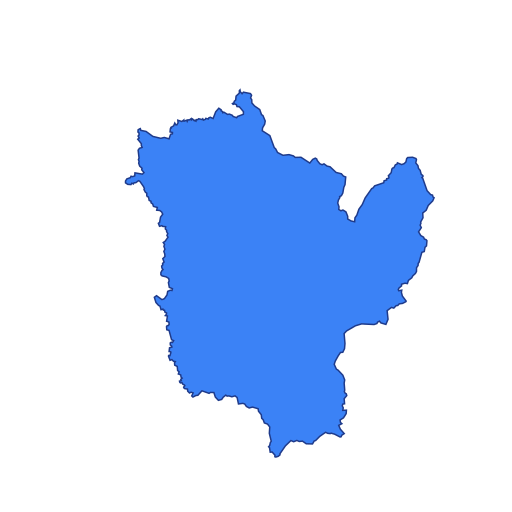 outline of Satipo, Junín, Peru, rotated 30°
{"feature_id": "86281439B96037862179795", "entity_name": "Satipo", "entity_type": "district", "adm_level": 2, "iso_a3": "PER", "parent_name": "Peru", "parent_adm1": "Junín", "projection": "mercator", "projection_center": [-74.176, -11.56], "detail": "fine", "context": "isolated", "style": "filled", "palette": "blue", "viewbox_px": 512, "rotation_deg": 30, "n_neighbors": 0, "source": "geoboundaries", "source_scale": "gbopen_adm2", "svg_char_len": 6149}
<svg xmlns="http://www.w3.org/2000/svg" viewBox="0 0 512 512"><g transform="rotate(30 256 256)"><path d="M186.0,127.3L179.7,126.8L175.9,125.5L174.1,122.7L172.3,121.9L171.8,119.0L170.0,118.1L163.2,120.4L162.8,122.4L160.2,121.6L159.1,120.2L158.9,121.1L160.1,123.3L158.8,127.5L160.4,131.1L159.8,133.0L160.3,134.1L159.4,135.8L160.4,136.1L161.2,135.1L163.3,134.7L164.8,136.1L167.0,135.1L173.0,137.3L174.2,139.6L170.2,144.4L170.1,145.9L166.5,146.6L165.1,146.0L162.0,146.4L160.6,147.6L156.2,147.5L155.7,148.5L154.5,147.6L153.2,147.7L152.7,146.8L149.9,146.6L149.0,151.3L150.1,158.4L147.0,158.7L146.0,160.1L146.2,161.2L143.7,161.9L143.8,163.0L142.5,164.6L141.3,163.8L141.0,164.8L137.7,165.8L137.3,167.1L136.2,167.7L136.5,168.9L135.8,168.6L135.0,169.1L135.4,169.5L134.6,169.7L132.5,169.0L132.0,170.4L131.2,169.4L130.3,171.4L129.0,172.1L129.1,173.8L128.1,173.0L126.3,175.2L125.7,175.3L125.4,174.5L124.5,176.6L120.4,177.5L121.9,179.6L121.9,182.0L120.9,182.5L119.2,181.5L119.6,184.5L118.0,187.2L118.6,187.6L118.2,188.6L119.5,191.5L121.9,190.8L122.5,192.0L121.2,193.3L122.1,198.0L117.3,199.2L114.7,201.7L106.9,204.0L98.5,203.1L93.4,204.8L92.1,203.5L91.5,204.3L90.8,205.7L91.8,207.7L93.1,207.9L94.2,209.6L93.9,211.1L95.8,212.2L95.2,214.0L100.6,216.1L101.3,217.5L103.1,218.9L101.2,221.0L101.0,223.3L105.7,229.6L106.0,231.4L107.4,232.5L108.0,234.3L110.3,236.3L113.4,237.0L113.9,238.5L117.3,239.8L116.7,241.9L109.6,244.5L110.9,247.3L109.4,249.0L107.9,249.4L108.0,251.0L105.6,253.8L105.5,256.3L106.4,257.9L109.1,258.1L112.0,256.7L112.1,255.0L113.8,254.9L113.8,253.5L115.2,252.7L116.6,249.5L118.1,249.4L124.0,252.2L125.6,253.4L125.8,254.5L128.4,256.1L130.0,256.2L131.2,258.3L132.0,258.9L133.4,258.7L135.7,261.3L137.7,261.1L138.5,262.4L140.5,262.6L142.4,264.3L146.3,263.3L147.1,266.0L149.9,264.7L152.2,265.0L154.3,266.4L153.9,270.1L155.7,275.1L155.1,276.5L157.6,278.5L159.3,276.8L160.4,277.0L163.1,275.8L163.9,277.9L165.7,278.4L166.4,279.6L168.4,280.7L168.6,282.8L170.4,283.7L169.9,288.7L168.9,290.7L171.0,291.7L171.4,293.7L173.7,295.6L173.9,298.1L175.9,299.8L177.4,302.0L176.6,304.9L179.4,307.2L178.8,309.1L179.7,310.3L179.3,311.9L180.5,313.4L182.3,314.3L181.8,315.3L181.9,317.9L183.0,319.8L184.6,320.2L188.6,319.0L191.6,319.1L193.3,321.1L193.4,322.8L196.6,326.5L200.0,326.1L200.5,327.9L199.0,328.4L197.2,330.8L198.4,334.2L198.0,338.6L197.2,339.9L196.2,340.8L189.7,340.1L188.6,342.6L192.6,346.3L196.3,347.5L197.9,347.4L200.6,350.0L201.9,348.5L202.8,349.2L203.9,348.7L205.3,350.2L207.0,350.0L207.6,351.2L207.3,352.9L209.3,352.2L211.2,357.2L213.5,356.7L214.9,358.5L214.9,360.0L213.9,360.7L213.8,361.9L215.6,364.5L217.9,363.9L224.7,370.7L227.0,370.5L226.9,372.7L225.7,373.0L225.2,374.2L226.3,375.9L227.9,376.1L228.7,376.9L227.0,378.7L228.5,382.2L230.0,381.6L230.6,382.3L231.3,385.3L230.2,385.7L230.2,386.4L233.7,389.3L234.9,387.8L237.1,388.4L238.9,387.8L238.8,389.2L240.2,391.2L243.0,391.0L245.4,394.4L247.3,394.7L247.7,397.0L250.2,396.6L251.7,398.4L253.1,398.7L252.5,400.4L253.6,401.3L252.3,402.6L253.0,403.4L254.0,403.7L255.2,402.7L256.6,403.6L258.5,403.5L259.2,403.9L258.9,405.8L259.5,406.3L260.6,406.5L263.2,405.5L264.4,407.2L266.9,407.9L267.9,406.4L270.0,406.0L270.3,409.3L271.9,409.7L273.7,406.9L275.3,405.7L276.6,399.8L284.0,398.4L284.8,396.9L287.8,395.3L291.3,398.5L295.6,399.8L298.0,397.4L298.2,394.7L299.4,391.6L301.0,391.8L302.5,390.7L305.5,390.0L307.8,387.6L310.4,388.0L314.8,392.9L318.3,390.2L320.2,389.8L322.9,391.1L326.1,391.0L328.5,388.6L334.2,387.2L335.8,389.2L339.9,390.8L342.1,393.7L344.1,394.2L346.7,396.4L350.0,395.8L353.4,397.2L356.2,402.9L361.8,408.8L361.7,410.4L362.6,413.3L362.3,414.9L363.5,415.2L366.4,418.8L368.0,417.7L372.0,419.0L372.7,420.4L373.7,420.2L375.4,418.4L376.2,416.2L375.6,415.3L376.4,405.7L378.5,398.4L381.5,398.0L383.6,395.3L386.2,395.0L388.8,393.1L393.4,393.5L398.9,390.5L398.9,387.1L399.9,386.0L401.4,380.3L404.4,373.9L406.8,373.7L409.1,372.7L409.6,371.9L413.1,371.0L419.3,370.7L420.1,370.0L419.9,368.3L421.2,365.7L415.6,363.8L412.3,361.3L414.2,358.3L412.4,357.9L410.8,356.0L412.7,352.4L412.9,347.4L411.4,344.3L408.3,346.3L407.5,343.9L405.6,342.6L405.2,340.9L406.6,339.7L403.7,335.5L404.4,331.5L403.1,330.2L401.8,330.2L400.3,329.3L399.9,327.8L395.9,322.0L394.8,319.0L390.8,315.8L384.1,313.8L382.2,313.8L377.9,310.7L377.2,307.4L377.1,301.2L377.4,297.3L379.3,296.0L379.0,292.0L376.8,287.3L371.1,279.1L371.9,275.6L377.0,266.7L381.4,262.0L392.5,256.3L394.5,254.0L394.3,252.6L395.5,250.7L397.6,251.5L402.7,250.3L402.0,244.8L396.9,237.8L399.0,232.8L401.4,232.2L402.2,228.9L403.5,228.0L404.0,225.8L406.6,223.8L408.6,220.7L408.6,220.0L402.8,217.5L400.1,214.8L399.3,212.7L397.0,214.7L396.0,214.0L395.8,212.5L397.0,209.1L396.1,207.7L398.6,205.1L400.9,204.2L400.2,200.9L401.8,197.0L401.7,194.8L402.8,191.4L402.7,189.1L400.9,185.9L401.1,183.2L400.1,181.2L400.4,180.1L397.8,169.9L399.5,168.0L398.0,164.0L398.6,162.0L396.4,157.3L395.2,156.8L393.3,157.1L391.7,155.9L388.5,155.9L384.7,153.8L385.0,148.8L382.7,147.2L382.5,145.3L381.6,144.2L381.5,139.4L378.9,135.4L380.5,131.3L379.9,126.1L381.5,119.9L381.1,116.5L379.8,116.4L378.4,115.0L376.6,115.5L371.5,113.9L361.5,105.3L360.5,105.2L360.8,103.5L360.3,102.9L358.2,102.6L355.3,99.7L352.9,98.9L351.1,96.8L347.8,95.5L346.8,92.3L345.8,91.6L342.2,92.2L338.1,94.9L337.8,96.4L338.8,99.6L338.1,102.0L336.4,104.0L331.9,104.6L332.2,105.8L331.1,107.4L331.3,110.5L330.3,111.6L330.2,112.8L331.4,116.2L330.5,120.4L331.7,121.2L332.0,122.3L330.5,123.7L331.1,124.9L329.3,126.8L330.0,128.7L323.7,135.9L323.3,138.6L322.5,139.8L321.5,151.1L322.3,158.3L321.7,164.0L322.9,170.2L322.6,173.4L324.3,177.0L320.9,178.1L316.9,178.1L315.6,175.8L311.8,172.8L308.3,172.7L306.9,174.4L304.4,174.3L303.3,171.9L300.3,169.3L299.4,166.3L299.4,163.5L298.7,162.7L299.8,161.1L299.7,158.1L297.7,152.6L297.4,149.7L294.2,142.7L291.8,143.1L288.8,142.1L283.6,143.6L275.5,141.7L272.6,142.6L268.8,142.2L267.6,143.9L265.2,144.2L261.3,142.7L260.0,141.6L258.4,141.6L256.8,144.0L256.1,148.6L245.6,148.0L240.7,151.0L238.3,150.6L233.9,151.7L229.0,155.3L222.9,155.6L219.5,153.4L217.6,153.0L207.8,144.8L198.8,144.4L197.6,141.7L197.6,137.5L196.5,134.5L191.8,130.9L190.1,130.8L186.0,127.3Z" fill="#3b82f6" stroke="#1e3a8a" stroke-width="1.5"/></g></svg>